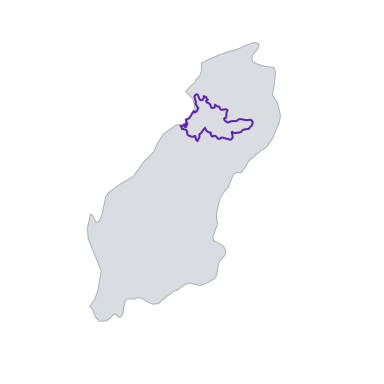 Lezhë highlighted on a map of Albania, rotated 37°
{"feature_id": "ALB-1528", "entity_name": "Lezhë", "entity_type": "County", "adm_level": 1, "iso_a3": "ALB", "parent_name": "Albania", "parent_adm1": "", "projection": "orthographic", "projection_center": [19.841, 41.793], "detail": "fine", "context": "in_parent", "style": "outline", "palette": "violet", "viewbox_px": 384, "rotation_deg": 37, "n_neighbors": 0, "source": "natural_earth", "source_scale": "10m", "svg_char_len": 4110}
<svg xmlns="http://www.w3.org/2000/svg" viewBox="0 0 384 384"><g transform="rotate(37 192 192)"><path d="M126.7,115.7L127.0,110.4L128.3,102.1L127.6,99.3L128.3,94.5L126.0,88.1L122.0,83.5L125.9,75.4L131.5,65.6L136.7,57.8L142.9,49.7L147.1,41.9L151.6,35.2L155.4,33.2L157.3,34.6L158.3,37.5L158.0,46.2L159.3,49.2L162.0,51.4L167.6,50.3L173.8,48.2L182.1,43.5L183.5,43.8L186.6,46.2L193.1,56.7L197.5,65.9L205.9,69.0L210.7,72.6L216.8,78.0L219.7,83.5L224.0,100.3L224.6,110.4L223.4,115.1L222.4,116.3L218.7,132.9L219.7,141.3L219.7,146.8L216.5,149.1L214.4,152.6L218.0,166.3L217.6,172.2L217.8,178.9L224.2,194.2L228.0,199.0L231.3,201.2L235.7,215.3L238.3,217.7L248.7,216.3L253.7,217.8L255.8,221.1L256.3,223.4L255.7,231.3L258.4,237.4L261.9,243.6L262.0,247.5L259.7,253.8L255.6,261.1L250.1,264.0L244.1,266.5L241.2,272.2L239.8,278.2L237.1,282.7L235.5,287.7L233.0,297.7L232.4,301.4L228.3,305.1L221.8,306.7L216.1,307.0L212.2,308.8L210.2,312.2L206.6,315.0L204.3,316.2L204.4,319.3L207.1,325.6L210.2,330.8L210.3,335.0L208.8,336.1L204.0,335.6L203.0,337.2L202.6,341.8L201.3,345.8L199.4,348.2L196.0,350.8L189.8,350.0L184.0,346.0L180.9,344.8L179.2,345.0L178.7,335.3L176.2,327.7L167.0,309.5L137.2,291.8L130.3,283.8L127.2,277.2L124.2,270.8L127.1,270.7L130.0,272.3L133.7,274.2L135.3,271.1L133.7,264.2L126.1,248.0L125.6,243.6L129.4,230.2L135.7,215.1L135.3,196.7L137.3,182.9L135.2,173.9L134.3,162.9L138.8,148.3L142.7,144.7L145.1,140.1L145.3,124.4L136.7,117.1L126.7,115.7Z" fill="#d9dde1" stroke="#a8b0b8" stroke-width="1"/><path d="M143.5,146.1L144.2,145.9L145.8,142.3L146.3,142.3L146.4,143.4L146.7,144.1L147.2,144.2L148.0,143.8L147.4,140.9L147.0,140.2L146.3,140.9L146.0,140.0L143.6,137.9L145.3,135.0L145.2,131.7L144.7,128.2L144.8,126.3L146.2,126.8L147.0,125.4L147.0,123.2L146.4,121.1L145.9,121.2L141.5,119.3L141.3,118.1L136.5,114.3L136.2,113.0L136.5,111.8L137.1,111.0L137.8,110.9L138.8,111.3L141.5,113.0L142.9,113.6L144.0,113.2L145.0,112.2L144.7,110.0L144.3,108.9L143.9,108.4L144.8,108.0L146.1,107.8L146.4,107.9L146.6,108.0L146.9,108.3L147.4,108.5L147.9,108.6L148.8,108.7L149.0,108.7L149.1,108.9L149.0,109.2L148.8,109.5L148.5,110.0L148.4,110.5L148.5,110.8L148.8,111.0L149.5,111.4L150.2,111.4L153.0,111.0L153.7,111.1L154.3,111.4L155.8,112.6L156.8,113.0L157.5,112.7L158.1,112.3L158.7,111.7L159.0,111.3L159.1,110.9L159.0,110.5L158.1,108.5L160.5,108.4L162.0,107.6L162.5,107.6L163.1,107.9L163.7,108.3L164.9,108.8L165.6,108.8L166.2,108.6L166.6,108.3L167.1,107.6L167.9,106.9L168.7,106.0L169.6,105.4L170.4,105.2L170.9,105.2L171.4,105.7L171.5,106.2L171.7,107.3L172.3,108.8L172.7,109.4L174.2,111.3L174.4,111.8L174.4,112.2L174.2,112.5L173.6,113.1L173.5,113.5L173.5,114.0L173.9,114.4L174.3,114.8L175.0,115.1L178.0,115.2L178.6,115.0L179.1,114.6L180.0,112.9L180.5,112.2L182.3,110.4L183.5,109.7L184.2,109.1L185.0,108.0L185.6,105.8L186.3,105.1L187.2,104.4L192.2,101.9L195.4,98.9L197.7,99.3L198.7,100.0L199.0,100.7L199.7,102.6L199.8,103.2L199.6,103.8L199.4,104.4L199.3,105.1L199.3,105.9L199.4,107.0L199.3,107.5L199.0,107.8L197.5,109.1L197.2,109.5L197.0,109.8L196.8,110.0L196.5,110.1L196.3,110.3L196.1,110.6L195.0,112.6L195.1,114.1L193.8,116.3L192.9,116.9L191.9,118.0L191.2,118.9L190.2,119.4L189.2,119.6L188.4,119.6L187.9,119.8L187.7,120.1L187.9,120.4L191.3,123.4L191.6,124.1L191.7,125.6L191.7,126.2L191.0,127.2L183.4,130.3L182.9,130.7L182.5,131.2L182.2,132.5L181.9,133.0L181.4,133.5L180.7,133.7L177.9,133.2L177.1,133.2L176.6,133.3L175.6,134.0L175.3,134.3L175.3,134.6L175.3,135.0L175.0,135.4L174.5,135.6L172.9,135.0L172.3,134.7L172.0,134.4L171.5,133.4L171.3,133.3L170.0,133.9L168.6,134.4L167.5,134.5L165.8,134.1L164.8,133.4L164.2,133.1L163.9,133.0L163.6,134.8L163.8,139.3L163.5,140.6L163.3,140.9L163.2,141.3L163.3,141.7L164.5,143.1L164.9,143.7L165.2,144.5L165.1,145.2L165.7,147.9L163.6,147.8L163.1,147.3L162.3,146.6L161.6,145.7L161.2,145.5L160.8,145.4L160.3,145.8L160.1,146.2L160.0,146.6L159.5,147.3L158.5,148.0L156.0,148.8L154.8,148.9L153.8,148.8L153.2,148.4L152.8,148.0L152.1,147.1L151.8,146.8L150.4,146.0L150.0,145.9L148.2,146.7L147.0,146.8L146.7,146.9L146.6,147.1L146.3,147.7L143.8,146.3L143.5,146.1Z" fill="none" stroke="#5b21b6" stroke-width="2"/></g></svg>